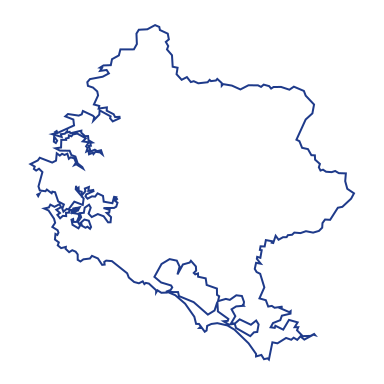 Central Coast (NSW), New South Wales, Australia, rotated 91°
{"feature_id": "25037944B67888909972324", "entity_name": "Central Coast (NSW)", "entity_type": "district", "adm_level": 2, "iso_a3": "AUS", "parent_name": "Australia", "parent_adm1": "New South Wales", "projection": "albers", "projection_center": [151.338, -33.307], "detail": "fine", "context": "isolated", "style": "outline", "palette": "blue", "viewbox_px": 384, "rotation_deg": 91, "n_neighbors": 0, "source": "geoboundaries", "source_scale": "gbopen_adm2", "svg_char_len": 6044}
<svg xmlns="http://www.w3.org/2000/svg" viewBox="0 0 384 384"><g transform="rotate(91 192 192)"><path d="M305.0,99.5L306.3,107.4L304.5,110.2L305.2,113.8L298.9,116.3L297.2,122.7L286.1,118.0L272.6,122.4L270.9,126.0L267.8,127.9L261.7,126.7L262.5,122.0L257.7,126.0L255.7,125.7L256.6,122.5L249.0,121.3L248.7,123.1L245.1,122.5L245.2,118.4L238.8,117.3L239.8,111.2L241.3,111.5L241.6,109.9L234.3,107.6L238.2,104.6L235.6,100.2L235.5,96.6L233.5,95.4L233.0,91.2L230.8,89.0L231.2,82.8L229.2,77.4L230.5,70.2L228.7,64.4L225.4,61.2L220.8,61.0L217.2,58.5L217.4,53.4L205.2,45.9L204.2,41.4L195.9,32.8L190.5,30.0L186.1,36.8L178.5,39.0L170.7,38.5L170.6,45.5L168.5,49.2L169.7,52.7L169.4,58.3L167.4,61.4L168.3,63.9L165.1,65.6L161.7,64.6L157.5,69.5L153.2,69.8L153.1,73.3L147.1,76.8L145.9,82.7L139.3,85.5L137.9,88.5L117.5,79.6L111.3,73.0L102.4,71.5L93.7,80.0L89.0,81.9L84.9,92.0L88.0,96.4L85.4,104.8L85.6,112.3L87.2,114.7L84.8,116.7L83.4,122.2L85.7,124.8L84.2,127.9L84.3,137.4L88.6,145.4L84.9,154.0L83.6,162.7L85.2,164.1L82.5,164.2L78.5,168.7L80.1,170.0L80.8,175.0L79.6,176.3L82.0,178.3L83.2,187.6L81.2,192.2L82.1,195.1L77.2,199.1L80.0,204.3L74.5,209.5L68.0,208.6L67.1,213.5L55.6,214.4L49.9,219.5L46.5,218.3L42.4,220.8L39.8,217.8L34.1,219.0L30.6,226.9L27.5,227.6L25.8,231.9L30.1,239.5L30.7,248.0L34.6,250.3L45.0,249.7L50.4,252.6L50.7,266.1L56.7,267.5L60.6,274.3L66.6,275.4L67.0,282.7L69.3,286.2L69.6,284.2L72.5,286.0L71.5,279.5L74.9,277.2L78.3,283.3L80.9,296.0L84.0,298.6L87.7,297.9L89.3,292.8L93.1,288.5L97.1,287.6L106.2,291.6L107.6,286.2L110.2,286.8L108.9,278.6L112.2,278.7L115.6,271.7L118.4,270.2L118.1,265.8L119.5,265.6L122.8,272.5L119.7,275.2L117.8,274.7L112.0,285.8L116.2,286.0L122.5,291.9L118.8,291.0L117.4,292.5L112.9,302.5L116.3,303.6L117.6,306.6L116.2,317.4L118.6,320.0L121.6,311.9L127.5,311.1L135.3,327.5L133.4,328.4L134.3,329.7L135.3,328.1L136.6,332.8L139.2,323.3L136.5,324.1L136.0,320.2L133.5,318.0L134.7,318.1L134.0,315.4L135.4,314.6L132.6,303.7L134.6,303.8L138.0,299.9L137.9,296.9L142.0,296.4L144.3,292.4L144.7,294.6L147.5,293.9L147.7,295.9L153.2,294.1L151.4,289.9L152.8,287.5L151.8,283.7L156.0,282.2L154.0,284.7L153.5,289.3L155.8,291.2L154.5,291.8L156.1,295.6L152.3,296.2L153.4,298.3L149.6,297.2L148.2,298.7L144.1,296.1L143.3,302.1L140.2,299.1L135.6,307.7L136.5,312.1L138.4,313.5L137.6,316.1L140.0,316.2L140.7,319.0L142.1,318.8L142.1,323.6L149.8,323.7L150.7,329.3L152.9,324.8L152.9,315.1L157.2,313.2L158.6,309.2L165.4,306.8L169.0,302.1L170.5,301.3L166.3,308.3L167.1,310.0L164.6,308.5L160.3,310.4L159.5,314.0L160.9,315.7L155.9,317.3L157.2,320.1L156.1,322.6L157.9,324.8L155.7,327.9L163.0,328.5L165.0,332.3L160.4,344.8L163.1,346.7L166.9,354.0L169.3,349.7L171.7,350.5L173.3,348.2L171.4,345.4L174.7,341.9L189.1,345.6L193.1,344.2L193.8,338.5L192.1,337.2L195.7,332.3L194.1,331.6L194.6,328.9L203.8,325.6L206.7,319.9L210.9,321.4L213.9,320.2L211.1,317.0L211.6,315.2L203.7,309.5L206.8,301.0L200.4,300.2L191.3,308.3L187.9,308.0L191.1,307.2L189.6,305.5L192.9,305.3L193.7,302.3L197.3,302.1L193.1,298.6L190.4,299.2L188.8,295.2L192.7,295.7L191.7,290.8L192.9,290.5L196.2,297.7L198.2,298.4L200.5,296.3L198.1,291.9L198.3,288.8L195.0,286.4L197.5,280.9L203.2,280.1L204.6,271.4L198.2,269.8L198.5,267.7L201.9,269.3L200.7,268.3L199.8,266.2L202.2,268.8L204.0,266.3L208.0,267.5L209.3,269.7L209.6,280.2L211.3,274.0L214.0,274.4L214.4,276.9L218.5,272.5L223.7,272.9L223.8,275.4L217.8,279.9L215.7,285.8L218.8,291.8L215.4,295.0L209.4,293.0L206.5,294.7L209.6,299.0L214.7,299.8L215.1,303.8L219.2,302.4L223.9,305.6L226.1,304.2L221.4,299.1L222.5,294.7L228.8,292.3L230.6,293.3L228.5,295.9L229.6,297.9L227.7,301.4L225.5,302.1L230.3,304.9L226.9,310.9L221.8,312.0L221.1,310.4L224.0,310.1L223.9,306.7L218.1,304.3L215.9,305.3L215.0,311.5L212.6,306.0L211.0,307.3L212.2,305.6L209.2,304.0L210.3,308.0L212.3,308.8L210.1,308.4L210.6,310.5L213.0,310.9L211.5,310.1L212.7,309.5L214.9,311.6L212.1,312.5L212.2,314.1L214.8,314.8L215.0,317.6L218.3,317.4L218.1,320.7L220.6,323.4L217.2,326.2L215.3,323.7L212.1,327.3L209.5,322.6L206.5,324.3L209.2,329.2L207.1,333.4L209.9,334.8L211.1,339.5L213.0,335.1L221.1,329.5L225.2,328.3L229.4,331.0L232.6,325.7L235.0,324.8L237.3,325.9L236.3,327.8L241.9,328.2L244.7,324.3L247.7,325.3L250.4,321.9L249.1,317.2L251.0,317.4L254.3,313.8L252.3,310.7L253.7,307.3L256.4,305.2L261.8,305.1L263.4,302.3L261.2,299.4L260.3,292.9L257.6,290.9L260.1,284.9L266.4,280.6L266.1,278.1L263.4,278.5L262.1,276.6L262.5,270.9L274.4,255.4L278.6,253.7L283.0,248.3L284.2,243.5L282.2,239.7L284.9,238.0L283.7,236.6L284.3,233.5L290.9,226.1L293.1,226.1L290.9,224.8L293.3,220.9L293.0,215.5L291.9,215.6L290.3,211.6L287.7,210.1L285.8,211.3L283.0,221.3L277.5,228.1L264.5,221.2L259.5,213.2L260.9,206.0L266.8,203.1L274.7,205.1L264.6,199.8L262.6,193.1L260.8,191.9L266.4,186.8L270.5,186.5L272.9,188.8L274.3,187.3L273.3,184.6L276.6,184.4L278.1,176.8L284.7,175.7L288.1,165.4L294.4,165.2L295.8,163.0L300.7,164.1L298.3,156.3L299.2,152.3L294.5,145.9L295.1,140.3L301.0,138.1L304.5,138.5L304.0,139.2L303.8,140.0L304.9,138.6L305.6,145.8L308.6,150.4L315.4,146.5L322.6,150.6L322.7,146.7L318.5,142.1L323.7,130.8L319.4,125.6L323.2,123.1L330.8,124.3L331.2,127.6L335.1,131.2L327.2,145.6L323.0,147.0L323.9,152.8L320.7,158.2L320.2,154.0L318.3,153.4L311.0,164.0L301.4,164.7L310.1,167.4L314.3,174.0L302.1,188.4L296.3,203.2L292.3,204.2L292.4,214.6L295.5,206.9L303.8,196.9L316.7,187.5L323.8,185.6L323.8,182.7L331.5,176.8L330.2,175.0L325.6,174.5L323.6,170.3L322.7,164.4L324.8,154.3L328.9,147.1L342.3,132.8L352.8,125.1L355.3,125.1L353.7,119.8L357.9,117.1L357.0,113.5L358.2,112.2L340.9,109.0L341.8,103.9L336.3,95.4L338.0,90.2L335.9,87.8L338.0,84.2L334.5,81.1L337.6,77.1L332.5,68.1L333.0,66.4L331.8,67.4L333.8,71.0L334.2,78.8L328.4,84.6L325.3,83.4L325.4,87.0L320.5,84.1L318.2,92.8L328.0,98.4L324.3,106.3L326.4,106.9L325.9,111.0L321.6,108.7L318.6,101.5L314.1,100.0L311.9,91.4L309.4,91.3L310.4,92.7L306.5,102.1L305.0,99.5ZM139.1,330.8L144.1,331.0L145.4,329.0L143.1,327.7L139.1,330.8ZM196.2,344.4L197.3,346.6L198.8,345.7L196.2,344.4ZM327.8,182.3L327.8,181.2L327.1,181.6L327.8,182.3Z" fill="none" stroke="#1e3a8a" stroke-width="2"/></g></svg>